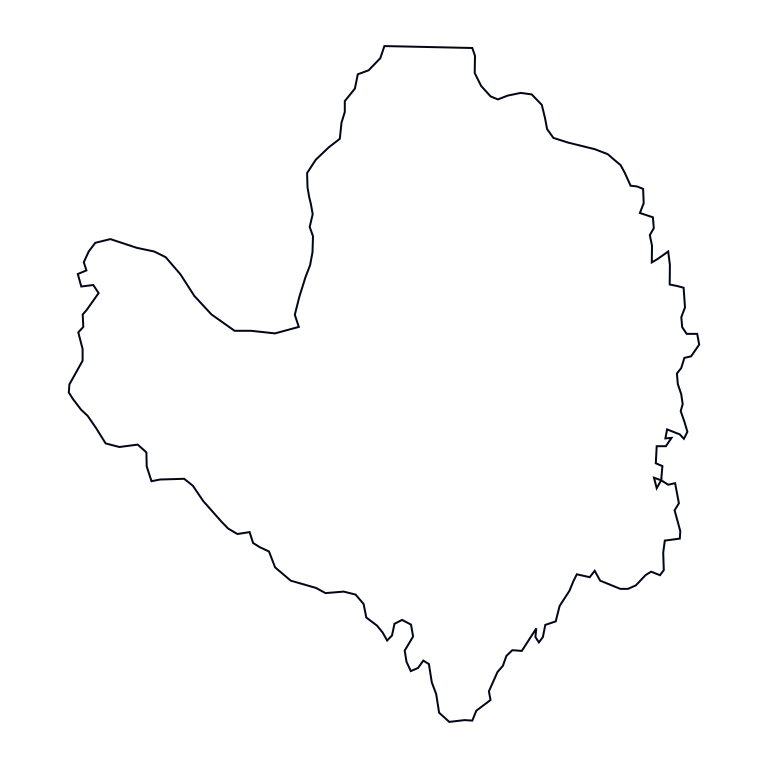 Aparecida do Rio Doce, Goiás, Brazil (Equal Earth projection)
{"feature_id": "56859067B6443042968198", "entity_name": "Aparecida do Rio Doce", "entity_type": "district", "adm_level": 2, "iso_a3": "BRA", "parent_name": "Brazil", "parent_adm1": "Goiás", "projection": "equal_earth", "projection_center": [-51.254, -18.22], "detail": "fine", "context": "isolated", "style": "outline", "palette": "ink", "viewbox_px": 768, "rotation_deg": 0, "n_neighbors": 0, "source": "geoboundaries", "source_scale": "gbopen_adm2", "svg_char_len": 2517}
<svg xmlns="http://www.w3.org/2000/svg" viewBox="0 0 768 768"><path d="M620.6,165.1L614.1,159.7L607.8,154.2L594.8,149.2L568.1,142.6L553.4,137.9L547.1,129.1L545.0,118.0L541.8,104.9L531.7,94.4L520.7,92.9L507.7,95.6L497.9,99.4L490.6,96.4L481.1,85.9L474.7,73.0L475.0,55.9L472.3,48.0L391.0,46.2L384.4,46.1L380.3,58.2L368.6,70.3L357.8,74.3L354.9,88.6L344.8,101.1L344.8,112.0L341.5,122.7L339.8,138.8L328.8,147.3L315.8,159.7L307.1,173.0L307.5,187.3L309.2,197.1L310.9,204.1L312.7,214.2L309.7,226.9L313.0,236.3L312.5,252.2L310.1,265.1L305.5,277.1L299.4,296.6L294.8,314.8L298.8,326.9L275.0,333.4L251.1,330.8L234.6,330.8L211.5,314.5L194.3,295.9L180.5,274.4L165.7,257.2L154.2,251.5L136.7,247.8L110.4,239.1L95.3,242.8L88.7,251.5L83.8,262.2L86.4,270.4L77.8,274.0L81.3,286.5L93.3,285.0L98.6,293.1L86.8,309.8L82.7,314.5L83.3,326.9L78.3,332.4L82.6,349.0L82.6,360.7L69.4,384.4L68.8,392.5L73.0,399.1L81.0,409.6L87.7,415.9L96.3,428.4L105.6,443.4L119.4,447.0L137.7,444.6L146.4,452.4L146.7,466.4L151.5,481.2L160.2,479.5L184.2,478.8L192.9,485.8L203.1,500.9L221.3,521.5L228.2,528.6L237.4,534.0L249.6,532.1L253.1,543.0L259.8,547.2L269.0,551.5L275.1,567.4L290.8,580.7L315.9,587.9L325.5,593.1L343.7,591.6L355.6,594.6L363.6,604.0L366.3,617.5L377.0,625.6L382.7,632.6L387.1,640.5L392.0,635.5L394.5,623.8L402.1,619.9L411.0,624.6L413.1,636.5L404.7,650.6L406.5,661.8L410.8,671.1L418.0,668.0L423.3,660.6L428.9,664.1L431.8,682.4L436.2,694.1L439.1,712.7L449.3,721.9L464.6,720.1L472.3,720.6L476.3,710.7L490.5,700.0L488.9,691.3L497.5,672.0L502.9,665.8L506.4,655.9L512.3,650.2L521.8,650.9L536.3,628.4L535.4,637.0L538.9,642.4L542.9,637.0L545.3,624.9L555.7,621.4L559.6,606.0L569.5,590.7L573.3,581.4L576.8,574.3L589.7,577.2L594.7,570.8L600.2,580.7L620.4,588.9L627.9,588.9L635.8,585.4L645.6,575.1L651.1,571.7L660.0,575.2L663.8,570.1L663.2,552.7L664.8,540.6L679.8,538.6L680.3,531.2L674.6,510.3L678.9,503.3L675.1,483.2L668.2,484.7L661.2,480.3L662.4,466.1L655.8,463.3L656.7,446.2L665.9,446.2L671.5,437.9L665.4,438.4L667.1,429.4L679.8,434.4L683.9,438.8L687.4,431.8L684.4,421.7L680.7,411.1L682.7,404.1L681.2,394.1L677.8,384.0L676.9,373.5L681.2,368.1L684.4,357.9L691.1,356.3L699.2,344.6L697.2,333.9L686.7,333.9L682.2,327.2L681.3,317.2L685.0,307.4L683.6,287.7L677.1,286.0L669.7,284.5L669.9,265.0L668.2,251.5L657.3,259.2L651.8,262.4L652.0,245.6L649.8,235.1L653.8,228.2L652.9,217.3L639.9,213.0L643.7,203.2L643.1,188.9L637.2,186.5L630.6,185.7L624.8,172.9L620.6,165.1ZM661.2,480.3L656.7,488.2L654.0,477.7L661.2,480.3Z" fill="none" stroke="#020617" stroke-width="2"/></svg>